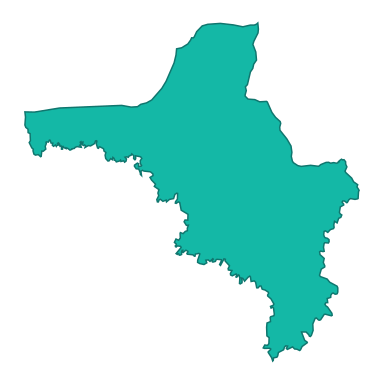 the district of Chhloung, Krâchéh, Cambodia
{"feature_id": "14789045B96545795392219", "entity_name": "Chhloung", "entity_type": "district", "adm_level": 2, "iso_a3": "KHM", "parent_name": "Cambodia", "parent_adm1": "Krâchéh", "projection": "robinson", "projection_center": [106.098, 12.159], "detail": "fine", "context": "isolated", "style": "filled", "palette": "teal", "viewbox_px": 384, "rotation_deg": 0, "n_neighbors": 0, "source": "geoboundaries", "source_scale": "gbopen_adm2", "svg_char_len": 6009}
<svg xmlns="http://www.w3.org/2000/svg" viewBox="0 0 384 384"><path d="M300.5,349.8L302.1,346.5L307.3,342.7L307.0,341.9L304.7,340.4L301.5,332.0L306.1,332.0L308.8,334.8L309.4,336.2L310.4,336.5L311.4,335.3L313.1,330.4L312.8,324.0L315.2,318.3L316.4,318.0L318.5,320.0L319.7,320.2L320.7,319.7L324.2,314.4L325.2,314.2L331.4,315.8L332.2,315.3L331.9,313.3L327.5,306.9L326.0,306.0L324.9,304.2L325.9,302.7L327.7,302.6L327.2,298.5L330.7,297.4L330.8,295.2L332.1,293.4L333.1,293.0L335.1,294.2L336.2,294.1L337.2,293.7L337.8,292.0L337.8,287.9L337.1,286.2L329.7,282.2L327.1,279.0L320.4,276.6L319.5,275.2L321.3,269.1L324.7,267.0L324.8,265.9L323.3,262.5L324.2,258.4L320.0,254.6L319.6,251.8L320.6,251.1L323.0,251.6L324.2,251.3L323.5,247.2L324.1,243.5L324.8,242.7L328.4,243.0L329.1,241.7L329.0,239.6L327.4,238.3L325.1,237.7L324.3,236.7L323.7,234.7L324.1,231.4L325.4,230.9L327.8,232.4L330.4,229.6L333.5,228.6L334.1,227.4L333.8,224.9L334.5,221.3L337.1,222.9L338.7,218.3L340.8,217.4L341.8,215.0L340.2,213.9L339.4,212.4L340.3,206.9L343.7,205.0L343.6,204.1L342.1,202.2L342.3,201.6L342.8,201.0L344.5,201.0L346.7,202.7L347.3,202.5L348.9,199.7L350.5,198.6L355.0,199.4L357.7,198.8L358.1,198.5L358.5,191.8L359.1,190.3L357.0,186.9L357.7,184.7L353.6,181.8L351.7,178.1L345.9,172.7L345.0,171.2L346.9,166.9L345.7,164.2L345.6,161.7L344.0,159.7L342.7,159.9L341.5,159.2L339.8,160.4L339.0,161.8L338.5,161.5L337.8,162.8L336.3,163.2L333.7,162.6L330.6,163.2L328.7,162.3L326.1,162.4L320.9,164.5L318.6,166.3L310.6,165.3L301.2,166.4L297.8,165.6L293.4,162.7L292.4,161.1L291.3,156.4L291.9,152.3L291.0,146.0L286.9,139.0L280.0,130.3L279.7,127.2L280.7,123.4L280.2,121.6L275.5,117.3L271.9,112.4L267.3,102.0L266.5,101.4L259.7,101.8L254.8,99.6L248.1,99.1L245.2,96.2L245.1,95.0L246.3,90.6L245.4,86.8L247.4,84.7L250.4,72.0L252.8,68.4L253.7,64.2L256.5,60.1L255.8,52.0L252.9,44.4L253.9,41.2L258.0,33.0L258.4,29.1L257.8,23.0L256.5,24.2L254.2,25.1L250.2,25.1L242.9,26.8L233.4,24.9L220.3,23.4L207.7,24.3L202.2,25.9L196.7,31.6L194.2,37.0L193.1,37.9L191.6,37.8L190.6,40.1L187.8,44.0L181.6,47.8L176.6,48.8L176.0,55.0L174.1,62.9L166.1,81.3L161.8,88.4L151.7,100.0L146.5,102.9L140.8,104.3L137.5,106.7L131.1,107.1L121.7,105.4L59.6,108.0L34.4,112.1L24.9,111.9L25.5,117.1L24.9,125.0L25.8,127.4L28.0,129.2L28.1,132.6L30.1,133.6L30.4,140.7L29.2,142.6L31.8,147.9L33.3,149.2L33.0,150.8L33.9,154.1L35.4,155.1L38.3,154.6L40.6,156.7L41.2,156.4L41.8,151.1L43.3,151.2L45.8,149.1L45.2,146.4L46.3,143.6L46.0,142.4L46.3,141.9L48.4,142.1L49.4,140.1L50.2,140.3L51.1,143.1L52.8,143.2L52.3,145.1L53.5,146.3L55.5,145.0L56.3,146.4L56.9,145.4L58.0,145.3L58.3,144.8L57.5,143.4L58.4,142.8L59.7,144.3L59.5,145.0L60.0,146.3L61.0,145.8L61.4,146.3L61.5,149.2L62.5,149.2L62.6,146.7L63.0,146.4L64.1,147.7L66.1,148.6L66.1,147.8L67.9,148.5L70.0,150.1L71.9,149.3L71.9,148.8L74.4,148.4L75.1,147.4L77.1,146.6L81.3,147.3L80.6,145.2L79.9,145.2L80.9,143.7L80.2,142.2L81.0,141.6L81.5,142.7L82.9,142.0L82.9,143.2L81.9,144.2L82.2,144.7L83.6,145.5L84.5,144.9L85.5,145.7L85.0,147.5L88.2,145.6L90.6,145.9L93.9,144.0L94.6,143.4L95.5,140.9L96.5,140.7L96.9,141.1L96.3,143.8L97.6,148.0L98.5,148.3L99.2,146.9L99.9,146.8L103.5,148.7L104.1,151.2L105.9,152.4L105.1,155.2L105.7,158.5L107.9,161.0L109.0,160.9L110.7,158.6L112.3,159.7L112.9,157.4L114.1,158.4L114.2,160.2L115.4,160.4L116.3,161.9L119.3,161.1L120.5,160.1L120.9,161.5L123.7,160.8L124.6,162.2L126.0,161.2L126.5,159.0L125.0,157.2L126.9,156.8L128.3,157.3L129.0,156.1L131.3,155.1L131.8,153.9L133.8,155.8L133.6,158.4L134.6,159.7L135.3,159.6L135.7,158.4L135.6,155.8L140.6,156.8L141.8,158.4L140.2,160.8L140.4,163.7L141.6,165.4L141.3,166.0L138.5,166.7L138.6,163.8L137.4,163.1L134.5,165.1L134.4,166.2L136.2,168.8L138.8,169.1L140.3,172.9L140.4,174.4L141.5,175.5L140.9,171.2L142.5,170.3L144.0,171.1L150.4,171.8L152.9,173.9L153.0,175.6L150.0,177.4L151.5,180.0L155.5,184.2L154.3,186.4L158.9,189.6L157.9,193.1L158.7,195.7L156.8,199.6L157.4,201.9L158.4,201.9L159.2,199.7L160.4,199.3L162.9,201.3L166.2,200.1L166.5,201.9L169.5,199.4L173.6,198.6L174.9,194.4L176.7,193.2L177.6,193.4L177.4,199.2L175.6,201.6L175.3,203.1L176.1,203.4L178.4,201.9L179.7,202.5L181.2,210.2L188.0,214.3L187.8,220.1L185.0,220.0L184.1,221.8L186.4,225.4L188.4,225.2L187.3,228.3L187.4,230.7L185.3,231.4L183.1,233.6L180.4,232.6L180.1,233.4L180.3,238.0L178.6,240.2L176.0,239.0L174.4,242.4L176.3,244.1L176.0,245.5L175.3,245.9L175.5,246.7L176.2,247.0L177.4,245.9L180.5,246.3L181.2,247.4L176.1,253.6L177.3,254.4L178.0,253.7L178.7,253.9L179.2,255.1L180.0,255.2L181.6,254.5L181.5,251.8L182.1,250.3L182.8,250.3L182.4,252.0L183.1,252.5L185.9,250.2L187.9,251.3L188.0,251.9L186.9,253.4L187.3,254.2L192.9,254.8L194.4,256.2L195.0,256.2L195.4,254.1L198.9,253.4L199.8,253.8L199.7,254.4L197.7,260.2L197.6,262.4L199.8,263.6L204.0,264.5L206.8,262.8L205.8,260.2L208.2,259.9L210.0,261.4L212.8,258.7L213.3,259.2L212.1,260.9L212.2,261.7L212.9,262.1L215.4,261.4L216.2,259.6L217.0,259.3L221.3,259.7L221.4,260.7L219.6,264.6L220.5,265.4L224.0,258.8L224.7,259.0L225.4,259.3L225.0,260.7L225.4,261.3L229.5,265.8L228.1,268.6L228.4,270.0L231.9,270.5L230.4,273.5L230.6,275.0L232.3,275.8L236.1,274.0L236.7,275.4L235.9,276.9L236.5,277.2L237.5,276.5L238.2,274.8L239.2,275.3L239.8,278.3L239.5,283.5L240.3,283.9L242.0,282.8L242.1,280.6L241.4,278.0L242.9,278.4L244.6,281.2L248.1,277.2L249.8,276.1L250.4,276.7L251.1,281.5L254.3,280.9L255.6,282.2L256.7,287.8L258.0,287.9L259.8,286.0L261.0,286.0L262.2,289.2L265.2,290.1L268.3,292.2L268.6,293.3L267.6,295.0L267.7,296.0L271.0,298.9L273.9,304.0L273.3,305.2L270.5,306.4L271.1,308.1L272.8,307.2L273.5,308.0L274.3,314.2L273.9,315.7L270.7,316.7L270.2,317.4L270.5,321.6L267.0,323.0L266.6,327.3L266.9,335.9L269.1,337.6L268.9,343.6L267.5,345.4L264.8,345.0L263.2,347.9L264.3,348.4L269.7,348.3L270.7,348.9L270.6,349.6L268.2,351.8L268.2,352.4L271.6,357.7L272.7,361.0L273.3,360.3L273.5,357.9L276.9,357.2L277.7,355.9L278.4,352.5L283.6,349.8L284.5,347.1L285.7,345.8L287.6,346.1L286.4,348.5L287.4,349.4L292.6,346.9L294.6,349.0L296.9,349.2L299.7,350.5L300.5,349.8Z" fill="#14b8a6" stroke="#0f766e" stroke-width="1.5"/></svg>